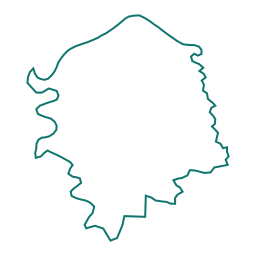 outline of Iraí, Rio Grande do Sul, Brazil
{"feature_id": "56859067B57334464223199", "entity_name": "Iraí", "entity_type": "district", "adm_level": 2, "iso_a3": "BRA", "parent_name": "Brazil", "parent_adm1": "Rio Grande do Sul", "projection": "mercator", "projection_center": [-53.247, -27.255], "detail": "fine", "context": "isolated", "style": "outline", "palette": "teal", "viewbox_px": 256, "rotation_deg": 0, "n_neighbors": 0, "source": "geoboundaries", "source_scale": "gbopen_adm2", "svg_char_len": 1983}
<svg xmlns="http://www.w3.org/2000/svg" viewBox="0 0 256 256"><path d="M33.3,68.4L29.9,72.1L28.0,77.3L27.4,82.8L36.3,92.6L41.9,92.6L48.8,88.5L56.7,90.9L58.5,95.5L56.9,99.5L53.8,100.9L46.9,103.0L43.6,104.3L40.0,105.6L36.3,109.1L38.0,114.1L43.9,116.5L51.0,118.7L54.7,121.8L56.6,125.6L56.4,129.6L53.4,133.6L49.3,136.3L45.4,137.3L41.7,137.7L38.5,139.7L36.5,143.8L36.3,148.2L35.2,153.2L35.8,157.8L40.9,156.4L44.1,153.0L47.5,150.5L51.7,152.6L56.7,154.8L62.9,158.0L70.1,162.0L72.6,165.1L70.2,168.5L68.3,173.7L72.7,176.7L76.3,177.3L79.8,178.3L81.1,182.9L77.2,186.0L73.9,188.4L70.7,191.5L71.6,195.9L75.8,198.0L80.5,199.4L84.7,200.3L88.0,201.5L91.0,203.4L94.2,206.6L92.6,213.0L88.9,217.2L86.7,221.2L84.6,224.9L86.3,228.3L90.0,227.2L95.1,225.8L103.2,228.5L110.5,240.6L117.1,238.0L122.5,225.0L124.4,216.1L145.2,216.8L145.8,195.7L151.1,197.4L155.6,200.5L162.4,201.5L166.6,201.9L170.5,203.6L175.1,203.8L175.1,197.9L177.6,194.6L182.6,191.7L179.8,187.3L176.5,185.5L173.4,180.2L178.5,178.5L182.3,177.9L187.4,175.4L189.8,170.2L194.3,170.4L197.8,171.2L201.7,172.3L205.0,172.9L210.6,172.4L214.3,167.5L227.7,164.9L225.7,159.7L228.6,156.3L227.0,151.7L227.0,147.3L223.0,148.2L220.5,143.8L215.9,141.6L216.8,137.7L218.0,132.8L214.7,129.2L212.0,126.5L214.8,124.0L215.3,119.2L213.3,116.0L209.7,112.2L211.4,107.8L215.3,105.7L212.5,102.6L208.0,99.1L206.9,93.2L203.0,90.7L203.9,84.5L201.7,80.5L205.7,77.4L203.7,73.8L199.4,71.0L203.3,67.8L199.1,64.0L195.6,62.7L192.3,61.0L191.0,56.5L194.3,53.7L197.8,55.6L201.5,53.9L201.5,50.0L199.1,46.7L194.3,45.1L189.1,45.0L183.1,44.3L176.8,40.8L173.1,38.1L167.9,34.5L162.6,30.6L158.4,27.2L154.5,24.7L151.0,22.0L145.1,18.2L139.4,15.4L133.2,15.7L128.7,16.6L125.3,18.6L121.7,21.6L117.5,25.1L113.6,28.1L109.1,31.2L104.9,33.9L101.5,35.5L98.4,37.5L94.3,39.4L87.8,42.1L82.4,43.8L75.8,46.2L70.7,48.7L67.7,50.8L64.2,54.3L61.2,58.1L58.4,62.3L56.4,67.7L54.5,71.5L51.8,75.1L48.2,78.6L44.7,79.8L40.6,79.0L37.4,77.4L34.9,73.6L33.3,68.4Z" fill="none" stroke="#0f766e" stroke-width="2"/></svg>